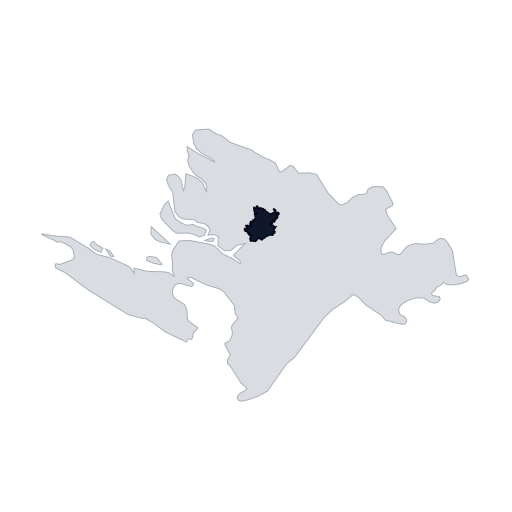 location of Faridpur, Dhaka, Bangladesh, rotated 128°
{"feature_id": "16705992B67131385183639", "entity_name": "Faridpur", "entity_type": "district", "adm_level": 2, "iso_a3": "BGD", "parent_name": "Bangladesh", "parent_adm1": "Dhaka", "projection": "mercator", "projection_center": [89.785, 23.466], "detail": "fine", "context": "in_parent", "style": "filled", "palette": "ink", "viewbox_px": 512, "rotation_deg": 128, "n_neighbors": 0, "source": "geoboundaries", "source_scale": "gbopen_adm2", "svg_char_len": 9044}
<svg xmlns="http://www.w3.org/2000/svg" viewBox="0 0 512 512"><g transform="rotate(128 256 256)"><path d="M182.4,357.4L182.3,346.1L174.9,323.8L175.2,321.4L173.7,310.6L171.8,304.6L170.8,298.2L175.3,289.1L173.5,287.6L163.6,284.8L162.4,282.4L164.5,273.4L157.3,264.8L154.5,258.4L162.1,237.7L164.1,223.3L163.5,220.5L158.8,217.3L150.5,216.0L144.7,213.3L141.3,209.2L138.4,207.6L134.8,208.8L130.2,207.2L126.4,203.1L123.2,198.2L124.4,192.8L130.4,180.0L132.7,179.6L137.9,182.1L139.9,182.1L143.3,177.0L148.1,162.5L164.9,163.8L168.9,163.3L173.1,162.2L175.4,160.3L176.7,158.0L176.2,156.0L171.1,153.3L169.1,151.3L167.7,145.5L166.1,143.3L156.0,143.0L150.8,140.3L147.9,137.9L142.7,130.0L136.4,124.1L130.3,122.7L127.9,120.8L126.7,117.8L127.4,113.5L130.5,105.1L147.2,86.9L147.6,84.9L147.0,82.6L142.1,79.6L141.7,78.2L143.1,74.4L145.9,73.9L151.7,77.4L157.6,83.0L161.0,88.0L161.2,91.9L165.7,92.7L169.5,94.5L173.5,93.9L176.0,94.9L177.8,94.6L178.4,92.3L175.1,86.6L176.7,84.2L180.5,84.3L183.3,86.4L185.3,90.9L185.7,97.7L190.2,103.9L196.1,108.2L200.8,110.3L206.4,111.7L211.2,110.3L213.6,106.0L212.5,102.2L213.2,98.7L215.2,96.8L218.1,96.9L220.4,99.7L226.9,114.4L225.6,120.9L227.0,138.8L225.4,150.6L226.4,155.1L227.5,155.9L237.3,158.1L251.6,162.8L262.4,164.5L311.7,163.2L322.4,165.5L355.3,163.8L364.2,167.5L374.0,173.6L379.4,178.1L380.4,180.7L379.8,182.9L378.0,184.1L374.6,184.2L366.9,181.2L365.6,182.1L365.5,189.1L359.2,206.7L358.3,212.1L356.1,214.2L349.6,215.4L345.3,225.6L343.6,226.8L339.3,224.6L336.7,225.0L333.3,225.9L330.0,228.3L327.7,231.2L325.1,232.2L315.9,232.0L314.2,236.7L308.2,242.9L304.0,259.3L304.3,264.3L309.4,277.3L312.9,294.2L314.3,296.0L316.0,296.1L316.1,288.4L317.8,287.4L319.9,288.2L324.2,298.7L326.7,301.3L330.5,302.1L334.8,300.5L338.1,297.4L339.4,294.1L338.3,282.8L340.3,278.1L347.8,271.2L348.8,269.1L348.4,257.7L351.2,257.3L355.0,258.2L359.8,255.5L361.2,255.4L363.2,258.4L366.6,257.9L371.7,280.5L372.1,296.4L373.3,305.2L375.1,307.2L380.8,320.5L386.0,366.9L386.6,396.3L388.8,406.2L387.0,408.5L385.2,408.9L383.5,405.4L371.5,398.0L368.6,398.7L364.4,403.0L362.8,407.0L363.5,412.7L364.8,418.2L367.7,421.4L367.9,424.9L371.1,438.0L370.2,438.1L363.7,426.1L355.7,414.4L353.1,393.2L352.9,382.8L347.4,370.5L342.3,349.0L344.6,341.4L340.7,344.7L334.7,331.7L325.3,319.1L322.6,313.5L322.5,308.0L318.4,313.5L312.9,317.4L307.2,323.2L303.5,324.9L291.6,326.0L284.8,318.2L275.0,299.2L273.6,294.9L274.9,283.7L272.6,273.0L271.9,263.7L270.2,264.5L269.5,267.1L269.9,271.0L269.2,274.3L252.6,272.2L259.7,277.8L267.3,279.1L271.2,284.1L271.4,292.4L264.0,297.4L264.6,301.6L269.0,306.7L263.7,308.2L262.3,311.5L262.2,316.3L265.9,323.6L265.2,326.5L271.5,336.0L272.6,340.6L271.1,347.1L257.6,360.2L253.7,369.4L250.4,373.8L246.3,374.6L241.2,370.2L241.2,365.7L242.2,362.1L249.2,353.4L245.4,354.6L234.5,361.8L232.4,356.0L231.0,350.6L231.0,344.0L236.3,334.1L230.3,339.1L228.7,345.2L229.4,352.4L228.6,357.5L226.3,364.2L223.1,368.2L218.0,370.8L215.7,374.7L212.2,377.6L211.0,364.2L207.3,346.0L206.5,349.9L208.4,361.2L208.3,368.5L205.5,374.3L199.9,380.5L195.5,381.4L193.0,380.4L184.9,371.1L184.2,362.3L182.4,357.4ZM282.0,357.6L271.9,359.8L266.8,359.1L276.3,342.8L276.0,335.5L274.5,329.5L269.7,324.7L269.4,321.3L267.2,316.6L266.1,311.1L271.5,309.3L275.9,312.5L277.4,318.7L279.6,323.4L287.2,333.0L287.0,338.9L285.0,353.2L282.0,357.6ZM303.5,352.3L297.4,356.6L299.4,330.8L303.9,340.4L305.0,345.6L303.5,352.3ZM326.9,339.4L324.2,341.2L321.7,339.6L318.5,333.6L320.1,325.9L321.1,324.8L324.9,332.6L326.9,339.4ZM349.5,393.7L346.0,394.0L344.3,392.2L345.1,389.6L344.2,381.3L348.6,380.4L350.2,387.4L349.5,393.7ZM345.7,370.4L343.1,378.7L342.0,375.0L343.8,367.7L345.7,370.4ZM274.1,303.1L275.1,305.8L269.5,302.3L268.0,299.8L270.5,298.6L274.1,303.1Z" fill="#d9dde1" stroke="#a8b0b8" stroke-width="1"/><path d="M237.6,260.9L236.8,260.5L235.7,260.3L233.5,259.7L233.2,259.5L233.0,259.2L232.6,258.8L231.9,258.6L231.2,258.5L230.7,257.8L229.3,255.6L228.6,255.9L228.1,256.0L228.2,256.3L228.2,256.5L228.3,256.7L228.3,256.8L227.9,256.4L227.9,256.2L227.6,256.2L226.7,255.9L226.4,255.4L225.3,256.0L225.1,256.1L225.2,256.3L225.1,257.4L225.1,257.5L225.0,257.9L224.7,257.9L224.1,258.1L223.5,258.0L223.3,258.2L223.1,258.2L223.0,258.4L223.0,258.9L222.6,258.9L222.0,258.9L221.8,258.4L221.7,258.2L221.4,258.5L221.0,258.5L221.5,258.9L221.4,259.0L221.6,259.6L221.5,260.3L221.6,260.6L221.6,260.8L221.3,261.2L221.4,261.3L221.5,261.7L221.5,261.9L221.9,262.2L222.6,262.7L222.9,263.0L223.0,263.3L222.9,263.6L222.2,263.8L222.3,263.9L222.2,264.2L221.7,264.3L221.4,264.2L220.9,263.9L220.8,263.6L220.9,263.4L220.5,263.3L220.5,263.6L220.6,263.8L220.2,263.7L219.9,263.9L219.7,263.7L219.3,263.8L218.9,264.0L218.5,264.1L218.3,264.1L218.2,264.0L218.1,263.8L218.2,263.4L218.1,263.2L218.0,262.6L217.9,262.6L217.3,262.5L217.2,262.5L217.0,262.8L216.9,263.1L216.7,263.7L216.5,263.8L216.4,263.7L216.4,263.8L216.2,263.7L216.0,263.8L215.9,263.7L215.9,263.8L215.6,263.8L215.6,263.6L215.4,263.6L215.4,263.8L215.2,263.8L215.0,263.7L214.7,263.6L214.6,263.4L214.3,263.4L214.2,263.0L214.0,262.7L213.9,262.6L213.7,262.6L213.7,262.8L214.0,263.1L214.0,263.3L213.7,263.4L213.5,263.5L213.3,263.5L212.8,263.2L212.5,262.8L211.9,262.9L211.9,263.0L212.0,263.1L212.0,263.4L211.9,263.5L211.5,263.6L211.1,263.7L211.0,263.9L211.1,264.2L210.7,264.6L210.8,264.8L210.7,264.8L210.8,264.9L210.9,265.0L211.2,264.9L211.3,264.9L211.3,265.2L211.0,265.6L210.8,265.6L210.7,265.5L210.7,265.1L210.4,265.0L210.3,264.9L210.2,265.0L210.0,264.9L209.9,264.6L209.7,264.4L209.4,264.2L209.5,263.9L209.1,263.9L208.8,263.7L208.6,264.1L208.1,264.4L208.3,264.9L208.2,265.5L208.3,265.8L208.7,266.1L209.6,266.2L210.3,266.9L210.4,267.1L210.3,267.4L210.2,267.6L209.6,267.5L209.4,267.5L208.7,267.8L208.3,268.2L207.8,269.0L207.7,269.4L207.7,270.5L207.9,270.9L208.1,271.0L208.3,270.9L208.5,270.9L208.8,269.8L208.7,269.1L208.9,268.8L209.3,268.6L209.8,268.6L210.9,268.9L212.5,269.5L214.1,270.7L214.4,271.2L214.5,271.7L214.4,272.5L214.5,273.5L214.4,274.4L214.5,274.9L215.0,275.9L215.1,276.5L214.9,276.8L214.4,276.8L214.0,277.0L214.5,277.6L214.5,278.3L214.3,279.0L214.3,279.5L214.4,279.8L214.6,280.0L215.0,280.9L215.3,281.4L215.8,281.7L216.7,282.1L216.3,282.2L216.0,282.1L215.7,281.9L215.3,281.5L215.1,281.7L215.1,281.9L215.4,282.3L215.9,282.6L216.7,282.6L217.3,282.7L217.8,283.0L218.0,283.3L217.8,283.4L217.4,283.4L216.9,283.7L216.2,284.4L215.9,285.2L216.0,285.9L216.1,286.1L216.3,286.2L216.5,286.2L216.8,286.1L217.2,285.7L217.7,285.6L217.7,285.4L217.8,285.4L217.8,285.5L218.1,285.5L218.3,285.7L219.1,286.7L219.1,287.0L218.9,287.5L219.1,287.6L219.7,287.2L220.2,286.5L220.7,286.3L220.8,286.1L220.7,285.7L221.3,285.5L221.6,285.3L221.7,285.1L221.6,284.8L221.6,284.7L222.2,284.4L222.4,283.9L222.8,283.5L222.4,282.9L221.9,282.7L221.7,282.5L221.8,282.3L221.7,282.1L221.9,282.1L221.5,281.8L221.5,281.7L222.1,282.0L222.3,282.2L222.2,282.3L222.2,282.5L222.3,282.6L222.6,282.5L222.6,282.3L222.5,282.2L222.6,281.9L222.8,281.9L222.8,282.1L223.0,282.3L223.2,282.5L223.5,282.6L223.4,282.3L223.6,282.4L223.8,282.2L223.7,282.2L223.8,282.1L223.7,282.0L223.8,282.0L223.9,281.8L224.1,281.8L224.3,282.1L224.4,281.7L224.5,281.8L224.6,281.6L224.5,281.4L224.4,281.4L224.9,281.1L225.0,281.1L225.3,281.2L225.6,280.8L225.9,280.3L226.5,279.9L227.0,279.1L227.3,279.1L227.5,279.6L227.9,280.0L228.1,279.9L228.3,279.6L228.5,279.4L229.0,279.4L229.2,279.5L229.3,279.7L229.3,280.1L229.7,280.6L229.8,280.6L229.9,280.1L230.4,279.7L231.2,279.3L231.6,279.3L231.8,279.6L232.1,279.7L232.3,279.9L232.3,280.0L232.0,280.3L231.8,280.7L231.7,281.0L232.1,281.4L232.5,281.5L232.8,281.3L232.8,280.9L233.1,280.6L234.0,280.6L234.3,280.7L234.5,280.3L234.8,280.1L235.0,279.7L234.6,279.4L234.5,279.2L234.4,279.5L234.2,279.5L234.1,279.4L234.1,278.8L234.2,278.3L234.3,278.2L234.5,278.2L234.7,278.5L235.5,278.9L235.8,279.3L235.9,279.9L236.0,279.9L236.3,280.1L236.6,280.4L237.2,280.4L237.7,280.6L238.0,280.4L238.2,280.8L237.9,281.2L237.5,281.5L237.3,281.7L237.9,282.2L238.2,282.8L238.4,282.8L238.5,282.6L238.6,282.2L238.6,281.7L238.8,281.3L239.0,281.0L238.9,280.9L239.0,280.0L238.9,279.6L239.1,279.4L239.4,279.5L239.5,279.7L239.5,279.8L239.7,280.1L240.0,280.3L240.7,281.0L241.0,281.6L241.5,281.4L241.6,281.5L241.7,281.4L241.7,281.5L242.0,281.6L242.4,281.2L242.5,280.6L242.4,280.6L242.4,280.3L242.6,280.3L242.6,280.0L242.8,280.0L243.0,279.9L242.8,279.6L242.8,279.4L242.5,279.3L242.4,278.9L242.1,279.0L242.1,278.9L242.3,278.1L242.2,277.8L242.5,277.2L242.7,276.9L243.0,276.8L242.9,276.7L242.6,276.6L242.6,276.2L242.7,275.7L243.6,275.0L243.5,274.9L243.0,274.8L242.7,274.9L243.0,274.4L243.1,274.2L243.5,273.7L243.4,273.5L243.5,273.3L243.4,273.3L243.3,273.1L243.2,272.8L243.2,272.7L243.3,272.7L243.4,272.3L243.5,272.1L244.2,272.0L244.9,271.6L245.3,271.0L245.9,271.5L246.0,271.6L246.4,271.1L246.6,270.0L247.0,270.1L247.6,269.5L246.5,268.4L245.6,266.8L245.0,266.0L244.9,265.5L244.6,265.3L243.7,265.3L243.0,265.1L242.3,265.3L242.0,265.5L241.6,265.5L241.4,265.3L240.4,264.9L239.8,264.8L240.3,264.1L239.6,263.4L239.5,263.2L239.4,262.5L239.9,262.3L239.8,262.0L239.6,261.7L239.7,261.3L238.9,261.2L237.6,260.9Z" fill="#0f172a" stroke="#020617" stroke-width="1.5"/></g></svg>